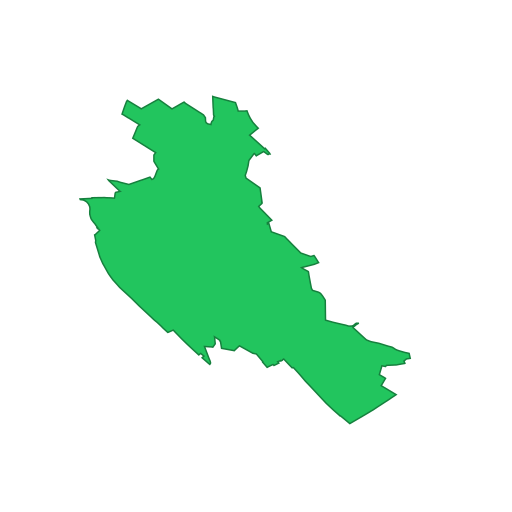 Salaspils, Salaspils, Latvia, rotated 34°
{"feature_id": "27541924B10713926826642", "entity_name": "Salaspils", "entity_type": "district", "adm_level": 2, "iso_a3": "LVA", "parent_name": "Latvia", "parent_adm1": "Salaspils", "projection": "robinson", "projection_center": [24.35, 56.87], "detail": "fine", "context": "isolated", "style": "filled", "palette": "green", "viewbox_px": 512, "rotation_deg": 34, "n_neighbors": 0, "source": "geoboundaries", "source_scale": "gbopen_adm2", "svg_char_len": 5191}
<svg xmlns="http://www.w3.org/2000/svg" viewBox="0 0 512 512"><g transform="rotate(34 256 256)"><path d="M110.6,267.8L105.0,269.8L102.6,270.7L100.4,271.3L99.2,271.6L98.2,272.1L97.5,272.5L94.0,274.3L93.8,274.4L92.1,275.2L91.4,275.4L91.0,275.5L91.8,275.8L106.8,278.4L107.2,278.4L104.9,280.9L104.6,281.1L104.1,281.7L104.1,282.6L106.2,286.9L106.3,287.2L103.5,288.8L101.7,289.9L99.5,291.3L98.0,292.1L96.9,292.8L95.3,294.0L93.2,295.4L89.6,297.9L87.4,299.5L87.7,300.0L86.6,300.8L78.2,307.1L78.8,307.5L80.8,306.5L81.7,306.1L83.2,305.9L85.3,305.8L87.6,306.4L88.3,306.7L90.4,308.0L91.2,308.8L92.1,309.9L93.4,312.3L94.9,314.4L96.6,315.9L98.1,317.1L99.1,317.7L102.6,318.9L104.2,319.3L106.2,320.1L108.8,321.0L108.4,321.5L109.3,321.9L110.8,321.7L112.1,322.1L111.6,324.5L111.4,325.2L110.7,328.5L110.4,328.7L110.4,328.8L110.6,328.9L114.5,332.8L115.4,334.6L125.4,342.7L126.9,344.0L130.6,346.3L133.3,348.0L135.2,348.9L141.1,351.9L143.5,353.1L147.6,354.7L148.3,354.9L150.7,355.8L156.4,357.2L160.6,358.3L175.7,360.6L176.8,360.7L177.0,360.8L178.6,361.1L181.7,361.7L186.9,362.7L188.8,363.0L207.7,366.0L211.1,366.3L216.7,367.2L219.0,367.7L225.6,368.7L225.9,368.3L227.5,365.8L228.8,363.7L232.8,364.6L235.3,365.1L240.5,366.2L247.6,367.5L253.9,368.5L263.9,370.0L264.6,367.7L268.8,368.1L268.2,370.5L276.9,371.6L278.3,371.7L278.3,370.5L277.9,369.8L276.6,368.7L274.3,367.2L270.9,364.8L264.4,360.2L263.9,359.8L268.4,357.2L269.7,356.4L271.2,355.7L271.3,351.6L267.0,346.4L266.8,346.2L269.7,346.1L272.1,346.1L273.2,346.1L273.5,346.6L274.3,346.8L274.5,346.9L279.1,351.8L283.9,349.7L290.3,346.9L290.9,346.7L291.9,342.1L292.5,339.7L292.9,339.7L307.8,338.4L310.9,337.1L311.1,337.0L319.1,339.3L320.9,339.9L320.9,340.3L327.5,342.1L328.3,340.6L330.1,337.5L330.5,337.0L330.7,336.6L330.8,336.4L331.0,336.4L332.1,336.7L333.4,334.5L333.5,334.3L334.8,332.0L333.1,331.5L333.6,330.9L334.4,329.6L334.5,329.4L334.7,329.0L335.3,329.2L336.2,327.6L336.0,327.1L336.6,325.9L341.1,326.9L344.6,327.7L348.5,328.5L349.4,327.6L355.0,328.9L359.3,330.0L367.1,332.2L373.2,333.5L396.7,338.9L406.2,340.4L413.8,341.4L415.1,341.6L415.3,341.3L419.8,341.7L427.5,342.5L428.4,340.6L434.8,327.3L435.0,326.9L436.8,323.1L438.3,319.8L438.9,318.6L439.1,318.2L441.0,313.5L446.9,299.6L447.0,299.3L447.1,299.0L449.7,292.6L432.7,293.5L432.3,293.5L431.8,285.0L431.1,285.0L424.6,285.4L421.8,276.6L425.2,275.2L425.3,273.7L433.3,267.8L435.4,265.7L435.5,265.6L435.7,265.4L439.4,261.9L439.5,261.7L437.4,260.4L438.3,257.2L441.1,254.6L437.4,251.1L433.4,252.7L431.9,253.2L427.5,254.6L425.2,255.2L423.7,255.4L421.5,255.4L419.8,255.5L418.6,255.9L415.8,256.9L406.8,259.6L399.3,262.7L397.7,263.1L395.4,263.6L394.5,263.8L392.3,263.5L376.4,261.1L376.0,260.6L376.6,259.6L376.9,259.1L377.5,256.8L378.8,254.2L376.7,255.7L376.3,256.6L375.7,258.8L375.5,259.3L374.8,260.3L373.5,261.3L372.5,262.0L371.7,262.4L369.0,263.2L367.0,264.0L365.2,264.7L358.4,267.3L356.5,268.0L349.5,270.3L349.0,269.6L338.2,254.0L337.5,253.6L333.5,251.9L331.1,251.1L330.1,250.9L328.2,251.0L322.0,252.9L319.9,251.7L315.7,247.5L310.5,242.2L308.5,240.0L308.4,239.9L308.1,239.7L307.5,239.7L306.4,239.8L303.5,240.1L302.1,240.2L300.7,240.2L300.3,240.2L301.3,238.9L301.8,238.4L308.9,230.4L311.6,226.5L304.8,223.5L303.8,223.2L302.3,225.1L301.4,225.9L291.4,228.5L285.9,227.4L278.8,226.0L273.1,224.8L272.9,224.8L269.0,223.9L268.0,224.1L255.5,227.3L255.1,227.4L254.8,227.1L248.3,221.7L247.6,223.1L246.8,222.1L247.4,220.9L248.7,218.3L249.1,217.5L234.1,214.4L232.6,214.1L230.5,213.4L231.5,209.2L231.2,208.8L230.4,207.8L230.7,207.8L224.8,201.2L221.3,197.3L204.2,197.0L202.0,195.2L201.0,191.5L199.0,185.7L196.8,181.0L196.7,180.3L196.8,179.1L196.9,176.4L197.0,175.0L197.1,172.5L197.1,172.3L197.4,171.9L200.2,172.8L200.3,172.5L203.9,165.2L204.0,165.1L208.8,165.3L209.1,165.2L209.4,165.0L209.6,164.7L210.1,163.6L210.4,163.5L210.1,163.3L206.5,162.3L203.4,161.5L203.2,162.3L197.9,161.5L183.1,159.4L183.8,157.3L184.4,155.3L185.3,152.2L186.1,149.9L186.4,148.8L185.7,148.7L183.5,148.2L181.2,147.6L178.7,147.0L177.8,146.6L176.7,146.1L176.4,146.0L174.2,145.0L172.2,143.9L170.5,142.9L168.3,141.4L167.4,140.7L166.2,141.6L166.0,141.9L160.2,145.8L157.6,143.6L153.2,140.3L132.4,147.5L132.0,147.6L130.9,147.9L135.8,154.6L137.8,157.3L138.0,157.4L141.4,162.0L141.8,162.6L142.3,163.0L142.9,163.3L143.4,163.4L143.4,163.5L143.2,164.0L143.3,164.4L144.2,166.4L144.5,167.0L144.5,167.4L144.4,168.0L144.2,168.8L144.2,169.5L144.3,170.0L144.4,170.3L144.7,171.4L144.9,171.9L145.1,172.2L142.2,173.4L140.4,173.4L139.5,173.0L138.7,172.3L136.7,169.6L135.6,169.2L133.6,168.4L131.6,168.4L130.8,168.4L130.5,168.4L128.9,168.5L124.4,168.6L123.8,168.6L112.3,168.9L110.3,168.6L108.0,173.1L107.1,175.0L104.1,181.0L103.7,181.0L87.8,180.6L87.4,180.6L78.6,198.1L68.7,198.6L63.0,198.9L62.3,198.9L62.3,200.4L63.6,205.9L65.6,213.3L67.1,213.1L73.0,212.9L73.3,212.8L86.1,212.3L86.3,212.3L85.9,213.4L85.7,214.1L85.5,214.7L85.6,215.5L86.6,220.3L88.0,227.3L88.3,227.3L114.7,226.4L115.0,226.4L114.9,229.4L118.2,234.3L118.6,234.7L126.6,238.4L126.3,239.0L126.2,239.6L126.3,240.7L126.7,242.4L127.7,246.6L127.8,247.8L127.8,248.8L127.5,249.8L126.9,250.8L124.0,249.9L122.8,251.5L121.4,253.4L118.9,256.8L118.6,257.1L110.6,267.8Z" fill="#22c55e" stroke="#15803d" stroke-width="1.5"/></g></svg>